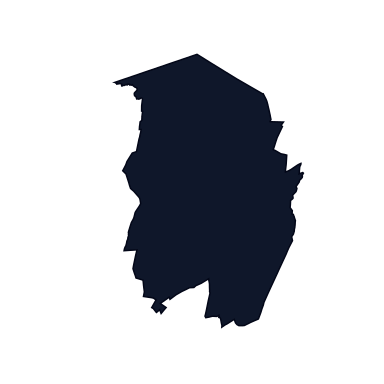 Matīšu pag., Burtnieku, Latvia, rotated 302°
{"feature_id": "27541924B27185019990533", "entity_name": "Matīšu pag.", "entity_type": "district", "adm_level": 2, "iso_a3": "LVA", "parent_name": "Latvia", "parent_adm1": "Burtnieku", "projection": "equal_earth", "projection_center": [25.147, 57.72], "detail": "fine", "context": "isolated", "style": "filled", "palette": "ink", "viewbox_px": 384, "rotation_deg": 302, "n_neighbors": 0, "source": "geoboundaries", "source_scale": "gbopen_adm2", "svg_char_len": 5412}
<svg xmlns="http://www.w3.org/2000/svg" viewBox="0 0 384 384"><g transform="rotate(302 192 192)"><path d="M128.0,158.3L127.5,158.5L126.6,158.7L125.1,159.1L124.5,159.3L123.8,159.6L123.8,159.9L123.2,160.2L122.4,160.5L122.1,160.9L121.7,161.2L121.5,161.3L120.9,161.4L118.8,162.0L118.1,162.6L117.2,162.6L115.9,162.8L113.7,163.7L112.3,164.1L111.7,164.4L110.6,164.4L109.6,164.5L109.1,164.6L108.9,164.6L108.5,164.7L107.8,164.9L106.7,165.3L106.2,165.5L110.0,170.7L113.8,176.0L108.7,177.7L106.5,178.5L99.2,181.2L95.7,182.6L92.8,186.0L91.3,187.9L91.0,188.3L89.4,190.1L90.5,194.1L91.3,197.1L89.9,198.3L87.4,200.2L82.3,204.3L82.1,204.5L81.6,204.7L77.7,206.2L81.5,215.0L81.4,215.1L81.6,215.6L81.6,215.8L81.4,218.7L72.6,219.1L72.7,220.9L71.1,225.2L71.0,225.7L75.0,227.0L72.6,230.2L77.9,230.9L80.3,231.3L80.6,225.4L80.8,224.2L90.7,228.4L89.3,230.2L96.3,232.9L102.3,236.1L105.9,238.4L109.5,240.6L112.0,244.2L115.2,245.1L115.3,245.4L119.5,248.2L127.3,252.1L126.2,252.9L124.3,254.7L123.2,255.6L120.4,257.4L117.6,259.3L116.7,259.8L116.2,260.5L115.9,260.8L113.4,261.7L108.5,263.4L104.0,265.1L99.5,266.8L95.3,268.3L93.6,268.8L92.7,270.3L95.4,273.2L95.5,273.2L97.6,275.3L98.1,276.3L99.0,277.9L99.7,279.1L100.7,279.6L101.9,280.2L101.8,280.3L100.1,281.1L100.5,281.4L99.5,283.6L96.5,286.3L94.6,288.2L93.2,288.9L97.3,290.7L98.5,291.5L106.4,295.3L104.8,297.3L104.1,298.2L103.4,300.4L103.5,302.6L105.8,306.2L106.1,306.5L106.5,307.1L106.9,307.4L108.6,308.4L110.3,309.5L112.2,310.6L115.6,312.9L118.3,314.8L119.5,315.6L122.4,315.0L126.3,314.2L130.0,313.2L133.9,312.4L136.5,311.5L146.6,310.1L156.1,308.9L168.9,307.3L170.9,307.0L177.4,306.2L189.4,304.7L192.2,304.2L196.4,303.6L204.0,303.0L206.8,300.3L206.9,300.2L209.3,300.3L209.8,300.3L210.0,300.3L211.8,299.8L212.9,299.5L214.8,298.5L216.1,298.1L218.6,296.9L221.3,295.4L222.5,294.9L224.3,292.7L225.4,291.5L225.6,291.1L226.7,289.8L226.7,289.6L226.4,288.5L227.5,287.9L227.8,287.8L227.9,287.7L229.3,287.0L229.4,286.8L230.7,283.6L230.9,283.4L231.5,283.1L233.3,282.2L237.0,280.1L239.4,280.9L239.6,280.9L240.2,281.0L241.0,280.5L242.4,279.2L242.7,279.1L243.5,279.2L247.4,280.0L247.9,279.9L248.8,279.7L250.3,279.2L250.8,279.0L251.1,278.1L251.3,277.9L251.5,277.6L252.0,277.4L252.3,277.4L256.9,277.6L257.2,277.6L258.8,277.1L259.1,277.1L260.2,277.3L260.6,277.5L261.6,277.6L262.6,277.8L263.7,277.4L264.2,276.7L266.6,276.5L267.0,276.5L267.1,276.0L267.2,275.6L266.7,275.2L264.2,273.2L264.6,273.1L265.1,272.9L266.4,272.1L267.1,271.7L268.5,271.0L269.7,270.4L270.1,270.2L270.7,270.0L271.2,269.9L272.5,269.8L273.6,269.5L274.0,269.2L273.7,269.0L273.0,268.5L272.6,268.3L272.3,268.1L271.5,267.6L270.3,267.0L269.4,266.6L268.5,266.2L265.1,264.7L264.1,264.3L263.7,264.1L262.9,263.7L262.3,263.3L261.9,263.1L261.5,262.9L260.8,262.4L260.4,262.1L260.1,261.9L258.5,260.6L260.5,259.5L264.3,257.7L265.9,256.9L267.2,256.2L269.8,254.8L273.5,252.8L273.1,251.5L272.8,250.5L272.3,249.2L271.5,247.1L271.3,240.7L271.0,238.4L273.8,237.8L277.9,236.7L283.2,235.4L295.2,234.0L295.4,234.0L295.7,232.7L295.8,232.5L296.0,232.3L296.3,232.2L297.1,232.3L298.1,232.4L299.4,232.4L299.7,232.5L299.8,232.5L295.3,224.9L293.6,222.0L293.0,221.0L293.0,220.9L295.4,220.5L296.4,219.5L297.7,218.3L298.5,217.6L299.9,216.2L303.0,213.2L303.7,212.4L304.5,211.7L304.8,211.3L306.1,210.1L308.7,207.3L309.1,206.7L309.9,205.6L311.5,202.9L313.0,200.4L312.7,200.2L312.2,186.7L311.7,172.0L311.6,170.0L311.5,154.4L311.4,138.8L311.4,123.3L244.0,68.4L244.1,68.7L244.1,68.9L244.2,69.0L244.2,69.3L244.1,69.5L244.6,69.6L244.5,69.8L244.8,70.1L244.7,70.2L244.5,70.4L244.0,70.6L243.9,70.8L243.7,70.9L243.6,71.1L244.1,71.5L244.5,71.5L244.9,71.6L245.0,71.7L245.0,71.8L244.8,71.9L244.6,71.9L244.5,72.1L244.7,72.3L245.1,72.5L245.2,72.8L245.5,73.0L245.8,73.4L245.7,73.6L245.8,73.9L246.0,74.3L246.1,74.5L246.2,74.9L246.3,75.1L246.3,75.3L246.0,75.4L245.1,75.8L244.8,76.0L244.7,76.2L244.7,76.5L245.0,76.6L245.2,76.3L245.3,76.2L245.5,76.3L245.8,76.9L246.0,77.4L246.3,77.6L246.4,78.0L246.9,78.3L247.4,78.5L247.5,78.7L247.6,78.9L248.0,78.9L248.2,79.2L248.2,79.4L248.2,79.6L248.6,79.8L248.8,79.9L248.7,80.0L248.4,80.1L248.4,80.3L248.5,80.4L248.9,80.4L249.3,80.3L249.5,80.5L249.7,81.0L249.9,81.2L250.1,81.3L250.2,81.5L249.8,82.1L249.7,82.3L249.9,82.4L250.1,82.3L250.3,82.4L250.3,82.5L250.2,82.7L250.3,83.0L250.4,83.4L250.3,83.6L250.5,83.8L250.6,84.1L250.7,84.3L251.1,84.4L251.3,84.5L251.5,84.6L251.4,84.8L251.3,85.0L251.1,85.4L251.0,85.6L250.9,85.9L250.7,88.1L251.0,89.7L250.4,90.9L248.9,91.4L246.8,90.9L245.2,90.7L244.1,91.4L243.2,92.3L243.1,94.0L242.8,94.3L242.7,94.5L242.4,94.8L242.3,95.0L241.8,95.6L241.6,95.8L242.0,96.4L242.1,96.5L242.3,96.8L242.4,97.2L242.4,97.4L242.5,97.5L242.9,98.0L243.2,98.2L243.4,98.3L243.5,98.5L243.9,98.6L244.1,98.6L244.4,98.8L244.5,98.8L244.8,99.0L245.0,99.1L245.1,99.4L245.1,99.6L244.7,100.7L238.5,103.6L233.9,106.4L234.2,107.4L229.6,109.5L229.2,109.7L228.8,110.0L227.7,110.6L226.1,111.5L225.8,111.4L224.0,110.8L221.8,111.9L219.9,112.7L217.1,114.2L218.1,115.8L214.4,117.2L213.6,117.4L210.8,118.5L208.9,119.0L198.7,122.8L196.8,123.5L193.4,120.7L183.4,120.7L181.2,121.2L179.8,121.5L173.3,122.0L172.3,126.5L166.2,133.7L164.7,135.3L162.4,138.1L161.8,142.2L160.6,146.1L159.3,150.3L158.4,151.5L158.2,151.8L155.6,154.1L155.1,154.5L154.8,154.6L154.7,154.7L154.2,154.7L152.2,154.8L151.8,154.8L148.9,154.7L145.4,154.6L144.4,154.7L139.5,156.3L138.8,156.4L137.7,156.6L133.8,156.8L133.1,157.0L128.0,158.3Z" fill="#0f172a" stroke="#020617" stroke-width="1.5"/></g></svg>